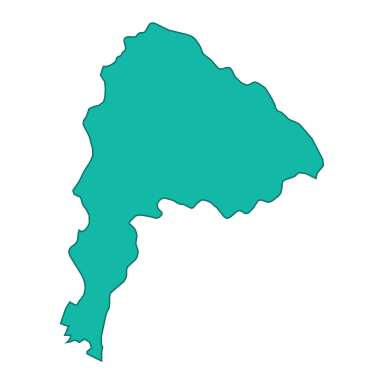 Chon Buri, Robinson projection
{"feature_id": "THA-430", "entity_name": "Chon Buri", "entity_type": "Province", "adm_level": 1, "iso_a3": "THA", "parent_name": "Thailand", "parent_adm1": "", "projection": "robinson", "projection_center": [101.175, 13.094], "detail": "fine", "context": "isolated", "style": "filled", "palette": "teal", "viewbox_px": 384, "rotation_deg": 0, "n_neighbors": 0, "source": "natural_earth", "source_scale": "10m", "svg_char_len": 3856}
<svg xmlns="http://www.w3.org/2000/svg" viewBox="0 0 384 384"><path d="M102.6,346.8L101.6,352.7L101.6,361.0L87.1,353.8L87.1,351.6L91.5,347.9L89.7,342.3L84.6,339.0L79.2,342.4L75.9,340.3L73.3,340.5L70.6,341.7L66.8,342.4L68.2,341.2L69.4,339.8L70.3,337.8L70.8,335.2L64.7,335.2L65.7,333.2L67.8,327.9L68.8,325.9L66.3,325.8L60.6,323.5L65.8,308.4L69.8,302.0L75.1,305.0L77.0,305.0L79.1,301.2L81.7,298.1L84.0,294.4L85.3,288.5L84.9,283.2L83.3,278.4L81.2,274.1L70.0,256.0L68.8,251.5L69.9,248.3L72.0,246.3L74.6,244.5L77.0,241.8L77.7,239.2L78.4,233.0L79.2,230.1L81.8,231.8L85.0,230.1L87.8,226.6L89.4,223.1L89.2,215.1L86.3,209.5L82.8,204.7L81.1,198.7L79.8,196.6L77.0,195.7L74.2,194.2L72.9,190.6L79.2,181.3L84.1,171.4L90.4,161.4L92.8,155.7L92.7,149.2L89.4,136.9L88.0,133.6L84.0,126.3L83.1,124.0L83.8,120.4L85.1,118.3L86.5,116.6L89.0,108.9L93.4,106.8L98.9,105.4L103.6,101.8L104.9,97.1L105.4,89.2L104.8,81.8L100.5,75.2L102.8,67.8L103.5,66.4L106.8,66.4L109.2,65.7L111.3,64.7L114.6,62.5L115.3,61.6L115.9,60.7L116.7,58.4L117.1,57.4L118.0,56.8L120.1,56.0L121.0,55.5L121.6,54.8L121.9,54.1L122.0,53.8L122.0,53.6L122.2,53.2L122.6,52.4L123.3,51.8L124.2,51.2L125.0,50.5L125.4,49.4L125.6,48.2L125.5,46.9L124.3,42.2L124.1,40.9L124.2,39.7L124.6,38.6L125.3,37.8L126.1,37.3L127.2,37.0L128.4,36.8L133.4,37.1L134.6,37.0L135.7,36.6L136.5,36.0L137.8,34.3L138.5,33.6L139.5,33.0L143.1,32.6L144.2,32.3L145.0,31.8L146.2,30.0L147.7,27.1L149.5,24.3L150.3,23.6L151.3,23.2L152.5,23.0L153.7,23.1L155.0,23.4L168.7,30.2L187.2,34.7L191.7,36.4L193.4,37.6L195.3,39.4L198.5,43.8L199.9,46.1L200.8,48.0L202.4,52.4L203.1,53.6L203.7,54.3L210.8,59.9L218.1,68.1L219.3,68.8L221.2,69.0L222.6,68.9L223.8,68.5L224.8,68.1L226.0,67.8L227.2,67.7L228.4,67.7L229.6,67.9L230.7,68.8L231.8,70.1L234.7,76.1L235.6,77.4L240.9,82.4L244.5,84.3L246.8,85.1L248.3,85.0L249.4,84.6L250.4,84.1L252.2,83.0L253.1,82.5L254.2,82.2L255.3,82.2L256.3,82.5L258.1,83.2L259.4,83.9L264.6,87.5L266.2,89.4L272.3,99.5L275.0,105.3L275.5,107.7L276.0,108.8L276.6,109.9L277.7,110.9L281.1,112.3L282.6,113.3L288.5,119.0L290.0,119.9L296.1,122.4L298.9,124.0L300.5,125.4L312.1,138.9L322.6,159.2L323.4,165.6L317.2,173.1L315.9,178.5L306.2,173.6L299.4,172.7L298.0,173.2L295.0,176.1L294.0,176.7L285.1,179.8L283.3,181.0L282.3,182.5L281.9,188.1L281.1,191.9L280.7,193.1L279.5,194.7L277.7,196.6L273.4,200.0L271.2,201.4L269.4,202.1L268.1,202.1L265.8,201.6L262.3,200.3L260.3,200.0L259.1,200.2L258.4,200.5L257.9,201.1L254.9,205.4L254.4,206.3L252.9,208.5L249.1,212.4L247.5,213.3L245.9,213.6L244.8,213.3L241.6,211.2L239.3,210.6L238.0,210.9L236.9,211.4L230.3,217.1L228.4,218.0L226.8,218.3L225.7,217.9L224.0,216.6L216.8,207.6L215.2,206.3L214.3,205.7L211.2,202.8L210.4,202.3L208.1,201.2L203.9,200.0L202.3,200.0L201.0,200.3L197.7,202.8L196.1,204.2L194.4,206.3L193.1,207.7L191.9,208.1L190.7,208.0L184.9,205.0L183.7,204.6L182.4,204.3L180.6,204.1L179.3,203.8L178.1,203.4L173.7,200.6L165.2,198.1L163.7,198.0L162.3,198.3L160.6,199.4L158.4,201.7L157.9,202.6L157.4,203.6L157.2,204.8L157.3,206.2L157.6,207.3L158.1,208.3L159.4,210.1L160.1,210.8L161.7,212.2L162.0,213.3L161.7,214.7L159.8,216.8L158.3,217.6L157.0,218.1L155.8,218.0L153.4,217.5L151.2,216.8L142.4,215.2L138.5,215.0L136.3,215.7L134.9,216.4L130.7,220.7L129.9,221.7L129.4,222.7L129.4,223.6L129.4,223.9L129.6,224.1L130.4,224.6L133.4,227.3L134.8,229.0L135.7,231.0L136.1,232.0L136.6,234.3L136.9,235.6L136.8,236.9L135.9,242.1L135.9,243.6L136.1,244.9L136.4,246.0L137.6,249.3L137.9,250.4L138.0,251.7L137.7,254.4L137.1,256.9L136.2,258.5L134.8,260.3L128.4,266.0L127.8,266.8L127.2,267.7L126.8,268.8L126.6,270.1L126.5,271.5L126.6,274.2L126.3,276.9L125.9,278.0L125.4,279.1L124.2,280.9L123.6,281.7L111.8,291.8L111.1,292.6L110.5,293.4L110.0,294.4L109.7,295.7L109.5,298.7L109.6,303.0L109.4,305.9L108.9,308.3L106.4,313.5L105.7,315.8L101.3,336.5L101.4,343.5L101.9,346.4L102.6,346.8Z" fill="#14b8a6" stroke="#0f766e" stroke-width="1.5"/></svg>